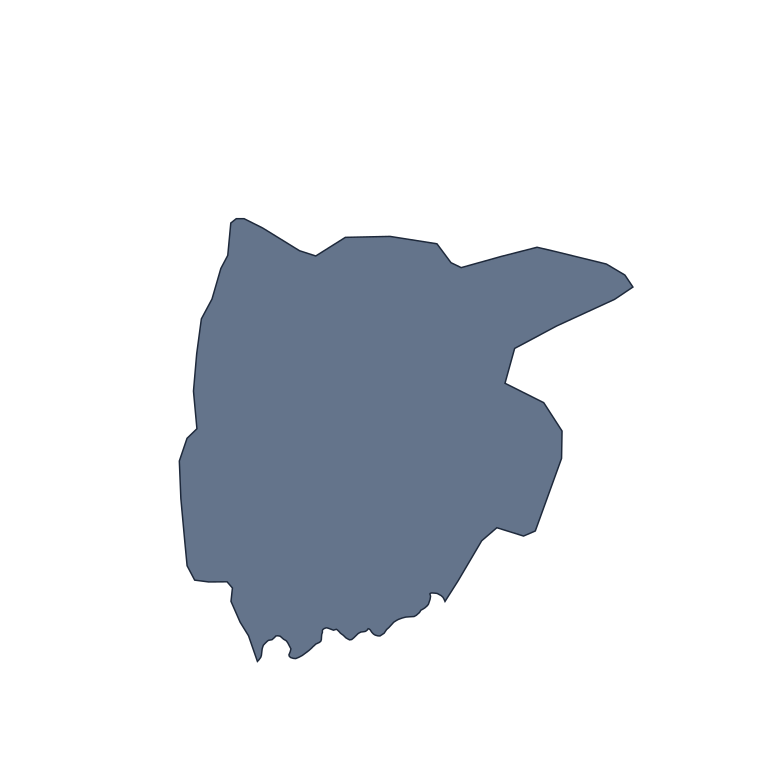 the district of San Antonio, Salto, Uruguay, rotated 329°
{"feature_id": "84410073B94997930577424", "entity_name": "San Antonio", "entity_type": "district", "adm_level": 2, "iso_a3": "URY", "parent_name": "Uruguay", "parent_adm1": "Salto", "projection": "orthographic", "projection_center": [-57.814, -31.368], "detail": "fine", "context": "isolated", "style": "filled", "palette": "slate", "viewbox_px": 768, "rotation_deg": 329, "n_neighbors": 0, "source": "geoboundaries", "source_scale": "gbopen_adm2", "svg_char_len": 2019}
<svg xmlns="http://www.w3.org/2000/svg" viewBox="0 0 768 768"><g transform="rotate(329 384 384)"><path d="M324.3,601.8L346.3,590.8L387.0,568.7L406.7,565.3L425.3,586.2L438.0,587.9L497.9,539.2L512.4,516.0L511.3,482.3L488.1,445.7L514.3,420.8L561.9,423.2L625.3,430.2L647.3,429.1L646.6,414.7L636.4,395.7L597.9,357.5L585.6,345.6L550.1,335.0L510.1,324.0L503.9,314.5L501.6,291.1L465.2,260.6L426.4,238.4L391.4,239.1L380.2,226.2L360.4,187.9L349.2,170.2L342.5,166.2L335.6,167.1L316.3,193.3L303.7,200.9L280.3,222.6L261.0,234.1L239.1,261.5L217.0,292.0L200.6,326.0L187.2,329.1L168.9,344.6L150.8,377.7L132.5,415.6L121.6,438.4L120.7,454.6L131.8,463.4L147.6,472.7L149.0,480.8L140.9,491.5L138.0,514.1L138.2,530.0L132.6,556.6L134.5,556.1L137.6,554.8L139.2,553.4L141.9,549.9L143.0,548.5L144.1,547.4L146.0,545.8L148.0,545.2L151.3,544.4L152.9,544.2L154.5,544.8L156.3,545.5L159.6,544.9L161.6,544.3L163.3,545.1L165.1,546.7L166.5,551.1L168.0,553.8L168.2,556.4L167.8,563.1L165.8,565.1L163.0,567.2L162.6,568.7L163.1,570.4L165.0,572.5L166.9,573.9L170.3,574.4L174.2,574.6L182.2,573.8L185.9,573.1L188.1,572.5L189.5,572.3L191.5,571.8L195.4,572.2L197.2,572.0L198.6,570.9L200.8,567.7L201.8,566.4L203.3,565.2L204.1,563.7L205.0,563.0L206.5,562.8L208.4,563.1L209.4,563.5L211.0,565.3L213.9,569.0L216.8,569.7L217.4,570.8L218.1,573.7L218.3,575.1L219.7,578.5L220.6,582.0L221.6,583.8L222.7,585.6L224.7,586.4L227.4,586.0L233.2,584.6L234.5,584.6L236.1,584.7L236.4,584.7L239.6,586.1L240.8,586.5L241.9,586.4L243.2,586.2L244.4,585.6L245.2,586.5L245.6,587.7L245.6,589.2L245.7,590.7L246.2,592.9L247.1,594.7L249.0,596.7L250.8,597.9L255.7,597.7L259.8,595.8L262.6,595.3L269.7,593.2L272.8,593.1L275.1,593.2L275.6,593.3L279.2,594.0L282.6,595.0L286.0,596.7L290.0,598.8L292.6,598.9L296.8,598.1L299.1,596.9L301.8,597.0L304.1,596.9L307.3,596.2L308.7,595.6L312.5,592.4L314.6,589.9L315.1,588.2L315.1,587.6L315.8,587.3L317.2,587.6L319.9,589.5L321.7,590.9L322.8,592.8L324.0,594.8L324.7,597.3L324.6,599.5L324.3,601.8Z" fill="#64748b" stroke="#1e293b" stroke-width="1.5"/></g></svg>